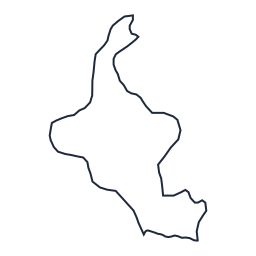 outline of Changdo, Kangwŏn-do, North Korea
{"feature_id": "82179303B43918374415643", "entity_name": "Changdo", "entity_type": "district", "adm_level": 2, "iso_a3": "PRK", "parent_name": "North Korea", "parent_adm1": "Kangwŏn-do", "projection": "equal_earth", "projection_center": [127.856, 38.569], "detail": "fine", "context": "isolated", "style": "outline", "palette": "slate", "viewbox_px": 256, "rotation_deg": 0, "n_neighbors": 0, "source": "geoboundaries", "source_scale": "gbopen_adm2", "svg_char_len": 1571}
<svg xmlns="http://www.w3.org/2000/svg" viewBox="0 0 256 256"><path d="M132.9,15.4L124.5,16.5L118.2,21.0L112.8,25.6L110.7,29.0L108.5,35.9L107.5,40.5L104.3,45.1L100.0,49.6L95.7,54.2L94.6,61.1L93.5,72.6L92.4,80.6L92.3,88.6L92.2,95.5L90.1,102.4L84.7,108.1L79.4,110.4L74.1,115.0L67.8,116.1L61.4,118.4L56.1,120.6L55.1,121.2L51.9,122.9L50.8,128.7L49.7,135.6L49.9,136.5L50.7,140.2L53.8,147.0L58.0,151.7L65.3,154.0L71.7,155.1L76.9,156.3L83.2,157.5L87.4,162.1L88.4,167.8L90.5,173.6L92.5,181.6L99.9,187.4L107.2,189.7L115.7,190.9L123.0,198.9L128.2,204.7L133.5,210.5L136.6,217.4L138.6,223.1L143.8,234.5L145.4,231.5L146.4,230.9L147.0,230.5L148.6,230.6L154.8,232.6L157.9,233.8L158.6,233.9L160.1,234.1L162.7,234.9L163.7,235.5L165.3,236.5L168.6,237.1L169.2,236.9L171.1,236.6L174.7,235.5L175.8,235.8L177.6,236.1L180.9,237.4L181.8,237.8L186.1,237.5L186.8,237.7L189.7,238.1L193.3,239.9L194.3,240.3L196.8,240.6L197.7,240.5L196.7,231.3L198.8,222.1L203.1,215.3L206.3,210.7L205.3,202.6L202.2,200.3L197.9,202.6L194.8,202.6L190.6,198.0L188.5,192.2L185.4,189.9L181.1,192.2L173.7,195.6L168.4,195.6L163.1,195.6L162.2,186.4L161.2,178.4L159.1,172.6L158.1,164.6L164.5,156.5L170.9,147.4L178.3,139.4L180.5,130.2L177.4,119.8L173.2,116.4L163.8,112.9L158.5,112.9L152.2,112.9L145.9,106.0L142.8,101.4L140.7,97.9L136.5,94.5L131.2,93.3L127.1,91.0L123.9,85.3L119.8,80.7L117.7,73.8L115.6,70.3L113.6,64.6L113.6,58.9L115.8,54.3L118.9,52.0L127.4,46.3L131.7,42.9L135.9,39.4L138.0,37.1L138.3,36.8L135.9,34.8L131.7,33.7L129.7,29.1L129.7,25.7L132.9,19.9L132.9,15.4Z" fill="none" stroke="#1e293b" stroke-width="2"/></svg>